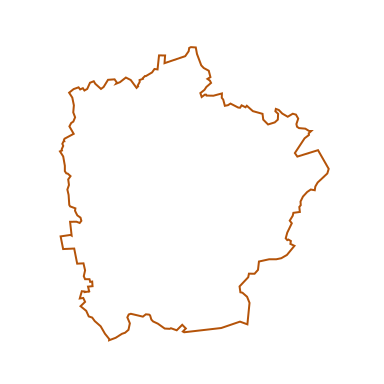 the district of Kilkenny Lea-7, Kilkenny, Ireland, rotated 77°
{"feature_id": "5873133B31102930937386", "entity_name": "Kilkenny Lea-7", "entity_type": "district", "adm_level": 2, "iso_a3": "IRL", "parent_name": "Ireland", "parent_adm1": "Kilkenny", "projection": "mercator", "projection_center": [-7.278, 52.671], "detail": "fine", "context": "isolated", "style": "outline", "palette": "amber", "viewbox_px": 384, "rotation_deg": 77, "n_neighbors": 0, "source": "geoboundaries", "source_scale": "gbopen_adm2", "svg_char_len": 2796}
<svg xmlns="http://www.w3.org/2000/svg" viewBox="0 0 384 384"><g transform="rotate(77 192 192)"><path d="M111.4,304.2L112.5,305.1L113.8,305.0L113.7,305.7L115.9,307.5L118.1,307.1L121.1,309.4L122.3,309.3L122.7,311.5L128.4,309.5L137.9,310.0L143.1,311.2L145.5,310.3L146.2,308.9L149.2,306.8L151.9,309.8L157.5,310.3L161.6,312.9L167.1,312.9L177.0,314.5L178.6,314.0L181.7,309.3L183.9,310.2L185.8,309.8L189.0,309.0L191.9,306.4L195.2,306.3L196.9,308.4L195.0,311.2L193.6,317.5L207.4,319.1L206.5,320.1L205.7,330.0L218.6,330.4L220.6,319.5L236.0,320.0L237.1,313.8L244.3,313.8L249.7,316.4L252.9,315.8L253.9,311.5L256.7,311.4L256.8,309.4L261.4,310.1L260.8,314.6L266.6,314.5L265.7,315.0L265.4,319.1L264.8,319.0L263.9,321.7L270.5,325.3L270.8,321.8L275.0,320.9L278.2,326.3L284.0,321.8L290.0,320.6L291.9,317.5L295.9,315.8L302.3,311.2L310.5,308.7L316.7,305.7L317.8,306.1L316.9,299.2L314.4,292.1L314.1,288.9L312.0,284.9L306.0,282.1L299.6,283.2L297.1,281.2L296.9,279.0L302.4,267.9L300.8,264.5L301.8,261.4L302.8,260.6L307.2,260.3L309.4,259.0L312.6,254.9L318.9,249.3L320.3,244.5L320.0,243.2L323.3,238.0L319.2,231.4L323.6,228.7L325.9,232.3L326.9,231.2L331.1,194.1L329.1,174.4L333.4,167.8L313.0,160.9L306.5,161.9L301.5,165.5L300.6,167.4L294.7,166.9L287.7,156.4L284.4,154.9L285.7,149.4L282.7,145.2L274.8,142.4L274.9,131.9L276.5,125.0L276.6,119.9L274.7,113.7L267.5,104.3L264.7,107.8L262.0,106.7L260.0,108.8L260.3,110.0L258.2,111.1L253.0,108.3L244.9,101.8L241.9,103.2L237.8,99.2L235.1,97.9L235.7,91.4L230.7,90.8L229.3,89.0L225.7,88.4L221.4,84.9L217.9,79.8L216.3,75.7L217.9,72.0L214.4,70.6L211.0,67.4L204.4,56.0L200.2,53.6L179.6,59.8L181.2,81.4L177.2,83.0L165.0,70.2L162.7,65.2L161.1,65.1L159.4,62.1L158.9,64.2L155.8,67.3L153.8,73.4L152.0,75.0L149.3,75.0L144.4,72.0L140.0,73.3L138.4,76.2L140.2,81.8L135.9,86.4L131.6,89.0L129.9,91.6L132.1,92.6L135.2,90.5L140.8,92.1L142.8,95.7L143.3,102.7L137.5,106.3L131.7,105.7L126.9,114.5L120.3,119.2L121.5,120.8L118.7,124.2L120.7,126.2L120.1,128.0L114.5,134.6L115.5,137.4L115.4,140.6L109.0,140.8L106.9,141.8L102.7,140.7L103.0,149.5L101.3,156.2L100.4,156.3L100.0,157.5L101.6,161.2L97.5,161.6L95.3,156.9L92.9,154.4L90.0,148.9L87.5,149.5L85.3,151.5L84.2,148.2L77.6,148.4L73.8,152.7L70.7,154.5L58.6,156.1L52.0,155.8L50.6,160.5L51.0,162.3L54.1,163.6L58.1,168.0L60.3,189.8L52.9,187.5L51.5,193.4L64.8,198.0L63.7,200.9L66.5,204.0L68.7,210.9L68.4,211.7L70.0,214.3L70.7,214.3L71.1,217.9L73.0,218.2L76.0,220.9L76.9,220.7L78.1,222.6L69.1,226.5L65.6,230.7L68.8,237.5L69.4,241.6L68.5,240.6L64.8,242.1L63.8,248.6L69.8,254.5L71.1,257.5L64.8,261.9L62.0,262.8L62.6,266.8L68.0,270.9L68.9,274.0L66.3,275.0L66.9,277.9L64.5,279.0L65.1,284.2L67.6,289.4L73.1,287.4L81.0,287.6L87.7,289.8L92.9,289.1L96.7,291.8L97.6,294.2L100.5,296.7L108.7,294.2L111.4,304.2Z" fill="none" stroke="#b45309" stroke-width="2"/></g></svg>